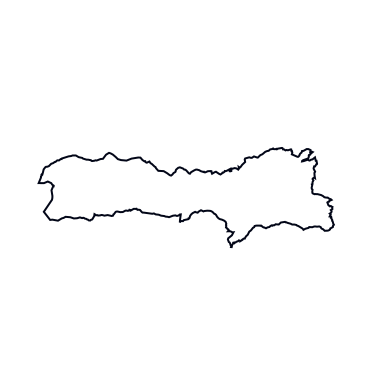 Cernisoara, Vâlcea, Romania (Albers equal-area conic projection), rotated 121°
{"feature_id": "2599482B75338382819918", "entity_name": "Cernisoara", "entity_type": "district", "adm_level": 2, "iso_a3": "ROU", "parent_name": "Romania", "parent_adm1": "Vâlcea", "projection": "albers", "projection_center": [24.009, 45.016], "detail": "fine", "context": "isolated", "style": "outline", "palette": "ink", "viewbox_px": 384, "rotation_deg": 121, "n_neighbors": 0, "source": "geoboundaries", "source_scale": "gbopen_adm2", "svg_char_len": 6041}
<svg xmlns="http://www.w3.org/2000/svg" viewBox="0 0 384 384"><g transform="rotate(121 192 192)"><path d="M225.0,316.1L230.3,320.8L230.9,320.7L231.4,321.5L233.5,322.3L234.0,323.4L234.5,323.9L236.5,324.5L236.9,325.1L238.8,325.9L240.3,327.2L243.5,328.0L244.7,328.9L245.7,330.2L246.4,330.5L249.0,330.8L252.8,329.6L255.3,330.1L254.2,329.5L254.3,329.2L256.4,329.5L257.4,328.9L263.3,328.0L260.7,323.5L257.3,321.0L256.9,317.2L257.7,315.6L257.9,314.6L257.7,314.3L257.8,313.8L258.3,313.6L258.4,314.0L262.9,313.3L267.3,309.6L269.1,308.6L270.8,308.0L285.3,308.8L289.0,299.2L287.6,297.4L285.6,292.1L281.7,290.0L280.3,288.7L278.4,287.6L276.3,283.3L275.5,279.6L273.6,276.9L271.5,275.0L271.0,272.9L270.8,272.5L270.2,272.1L269.9,271.2L270.0,270.2L269.5,268.8L269.6,267.9L269.3,267.1L269.5,265.8L268.8,264.5L268.1,264.4L266.9,263.4L263.1,263.4L261.2,264.2L261.2,263.3L261.4,263.2L261.5,262.5L260.5,261.0L260.6,260.4L259.2,258.5L258.5,258.0L257.9,256.9L257.4,254.9L255.2,252.4L253.9,248.4L252.9,247.5L251.7,247.8L251.3,247.5L248.4,247.2L247.8,246.8L247.1,245.8L246.2,243.1L244.8,241.0L242.3,239.5L241.8,238.9L241.2,237.3L240.4,236.5L239.7,236.5L239.8,236.1L239.4,235.7L239.7,235.5L239.7,235.1L236.5,233.3L235.4,231.4L235.1,231.2L234.9,230.9L235.4,229.6L234.6,228.5L234.2,227.3L235.1,224.5L235.1,223.7L234.5,222.7L231.1,214.8L230.0,213.6L229.9,211.6L228.6,208.8L228.2,206.3L226.9,203.4L226.7,202.0L225.8,200.1L225.4,198.7L222.1,196.1L220.6,194.2L220.4,192.9L219.8,192.0L218.7,191.2L217.6,190.9L217.0,190.1L222.1,187.9L223.7,187.1L223.6,186.7L222.6,186.6L221.6,184.7L220.3,184.5L217.1,181.1L216.3,181.4L215.8,180.8L215.3,180.8L213.7,181.3L211.8,181.2L209.8,180.6L207.4,179.1L207.4,178.4L206.8,176.5L205.4,176.2L203.0,174.9L202.7,172.1L202.0,171.7L200.1,169.2L198.9,166.9L198.6,166.1L198.5,164.3L199.2,161.6L199.0,160.8L199.2,159.7L200.4,157.5L200.9,155.7L200.9,154.2L200.3,152.2L200.0,149.9L200.2,147.9L201.6,146.2L202.8,145.9L203.3,145.2L204.9,144.6L205.0,143.4L205.4,142.8L205.3,141.7L205.7,140.9L207.2,141.0L205.9,138.9L205.7,136.3L205.2,135.7L208.6,135.5L213.0,137.1L214.2,136.8L215.9,134.7L215.9,133.8L216.4,132.9L217.8,131.4L217.7,130.6L219.1,130.2L218.8,129.6L216.8,130.3L214.8,130.2L214.5,130.4L214.0,130.0L213.9,130.2L213.5,129.8L213.7,129.4L213.4,129.4L212.9,128.7L211.7,128.3L210.5,127.2L209.3,126.9L209.0,125.5L209.3,125.3L207.2,124.2L207.0,124.4L205.4,123.7L204.7,123.1L204.7,122.8L202.3,122.9L199.9,122.2L196.5,122.5L194.6,121.7L191.3,121.3L190.1,120.6L188.9,120.8L187.8,119.7L185.4,115.8L185.6,115.7L185.2,114.8L185.5,113.7L185.5,112.4L185.1,111.6L185.1,110.3L184.9,109.8L183.5,109.1L182.1,107.6L181.1,107.4L179.6,106.6L179.1,105.8L179.3,105.6L178.4,104.9L178.1,104.3L176.6,103.7L175.2,100.9L172.4,100.1L169.7,96.9L169.8,96.2L169.4,95.6L169.3,94.4L168.4,91.1L168.3,89.4L167.2,87.6L166.5,85.5L166.7,84.8L166.4,83.3L166.4,78.8L166.6,77.7L167.0,77.0L165.1,75.9L162.7,73.6L161.7,73.5L160.2,70.7L159.1,69.9L158.2,68.9L157.3,66.9L156.0,65.2L155.8,63.6L156.4,62.7L156.6,62.0L156.4,60.4L156.9,58.3L156.4,57.5L155.1,55.6L153.9,54.7L152.9,54.4L152.1,54.7L149.5,53.2L148.0,53.8L147.0,53.5L146.3,54.7L145.0,56.0L144.5,57.1L143.9,57.2L142.7,59.2L142.6,59.8L141.8,59.6L141.5,60.0L141.3,61.2L141.5,61.4L140.0,61.5L139.6,62.8L138.5,62.2L137.1,62.2L136.4,62.6L136.0,63.7L134.3,62.9L133.3,63.7L132.5,63.9L132.6,64.6L132.5,65.5L133.2,66.4L132.9,66.7L133.2,67.5L133.0,68.4L131.2,70.6L130.3,70.2L129.6,69.5L128.9,69.7L126.9,68.3L126.7,69.2L127.1,71.1L126.9,72.8L127.7,74.1L128.3,75.8L128.0,77.5L128.1,79.7L129.2,83.4L130.1,84.9L130.3,85.4L130.8,85.9L131.0,87.8L130.8,88.3L129.9,89.0L127.9,89.9L127.7,90.8L126.8,91.6L124.4,92.4L123.7,93.2L123.1,92.8L121.4,93.8L119.5,93.9L119.0,95.1L118.6,95.4L118.2,95.4L116.6,94.7L116.7,93.8L114.8,95.4L112.6,96.9L111.2,96.9L109.5,99.6L109.0,100.0L107.1,100.5L106.7,99.7L104.0,99.7L103.8,99.3L103.3,99.4L101.1,101.4L101.5,102.0L99.0,104.4L102.0,105.5L103.0,106.6L104.3,107.2L104.6,107.6L104.7,109.1L105.0,109.7L107.9,112.1L109.1,113.4L108.5,113.6L107.3,113.0L103.4,109.7L101.6,110.0L100.6,110.7L100.1,110.8L99.1,109.9L98.1,110.0L95.6,109.1L95.7,109.9L97.0,110.1L97.3,110.4L97.4,111.0L97.1,111.2L96.8,110.9L95.0,112.0L95.3,114.4L96.1,115.8L99.3,117.6L100.2,118.8L101.7,118.4L103.4,119.0L104.6,119.0L105.4,118.7L107.0,119.0L107.5,119.7L108.3,125.8L106.7,126.2L106.1,127.0L105.5,127.2L105.4,127.4L105.7,127.8L104.4,128.9L104.5,129.2L106.8,131.2L107.3,132.6L108.2,133.3L108.1,135.2L108.6,135.9L107.8,137.0L107.9,137.6L110.7,140.8L111.6,141.2L111.4,141.7L112.1,142.3L112.9,143.5L113.2,144.3L113.0,144.9L113.5,145.0L115.3,147.0L117.2,147.5L118.1,148.6L119.8,149.9L123.4,151.1L125.2,152.4L128.6,153.3L128.9,153.9L129.6,157.2L131.9,158.3L132.4,159.2L132.8,160.8L135.9,163.7L136.9,163.6L138.9,161.9L142.8,163.0L146.0,163.3L146.2,163.8L146.6,163.9L146.5,164.8L147.7,163.8L149.0,163.9L148.9,166.0L149.5,167.7L151.3,169.4L151.5,170.2L151.8,170.7L152.4,170.8L152.5,169.8L153.8,169.1L154.6,169.9L154.4,170.2L154.6,170.5L153.7,171.0L153.3,171.6L156.0,173.2L156.9,174.0L157.1,174.7L158.3,174.7L159.4,175.2L159.6,175.8L160.7,175.9L162.3,176.6L162.5,178.0L162.3,181.9L163.4,182.8L166.0,184.2L165.1,185.4L164.2,185.9L164.2,186.4L166.0,189.1L168.3,190.7L168.6,191.2L168.5,191.9L168.8,191.9L169.6,195.2L169.6,197.0L170.2,199.2L170.9,200.3L172.4,201.3L175.5,203.0L177.4,203.2L177.6,204.4L176.4,208.2L176.4,209.5L176.8,210.2L176.5,211.8L177.1,215.1L178.4,216.3L180.9,217.1L181.7,217.1L182.9,216.6L183.4,216.6L185.3,217.6L187.2,217.8L188.7,218.4L189.0,219.7L188.9,221.2L188.7,222.6L188.7,227.0L191.2,231.8L190.2,235.0L189.4,236.2L189.5,237.0L188.6,241.1L188.7,242.3L187.8,244.2L190.1,245.8L190.3,246.3L190.2,247.4L189.7,248.0L190.2,248.7L190.1,250.9L189.1,253.9L190.1,255.8L194.5,261.0L198.8,264.3L201.2,269.3L202.0,272.5L201.3,275.4L200.7,279.1L200.8,281.6L201.2,283.3L204.3,284.9L209.4,285.4L210.9,287.4L214.1,289.9L214.6,291.1L215.5,291.8L216.8,293.4L217.1,294.2L216.8,295.1L217.4,296.5L217.5,297.1L218.6,299.1L219.5,302.6L219.3,303.6L220.5,307.1L220.5,310.3L222.2,313.2L223.4,314.1L225.0,316.1Z" fill="none" stroke="#020617" stroke-width="2"/></g></svg>